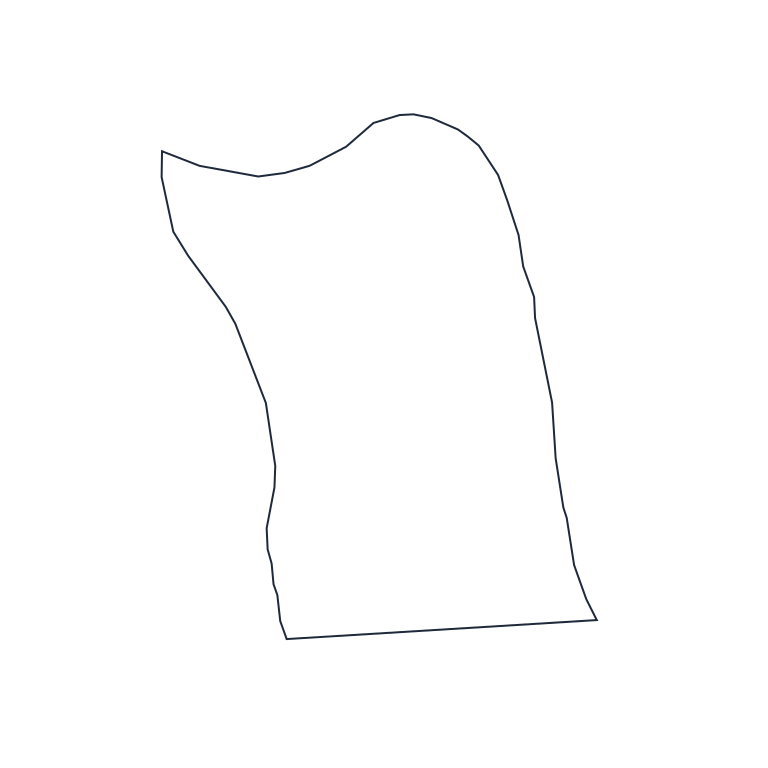 Santiago Chimaltenango, Huehuetenango, Guatemala, rotated 160°
{"feature_id": "79465075B81878845839698", "entity_name": "Santiago Chimaltenango", "entity_type": "district", "adm_level": 2, "iso_a3": "GTM", "parent_name": "Guatemala", "parent_adm1": "Huehuetenango", "projection": "equal_earth", "projection_center": [-91.685, 15.508], "detail": "fine", "context": "isolated", "style": "outline", "palette": "slate", "viewbox_px": 768, "rotation_deg": 160, "n_neighbors": 0, "source": "geoboundaries", "source_scale": "gbopen_adm2", "svg_char_len": 669}
<svg xmlns="http://www.w3.org/2000/svg" viewBox="0 0 768 768"><g transform="rotate(160 384 384)"><path d="M513.0,678.6L522.2,654.5L529.9,599.2L524.2,571.6L506.3,510.6L503.1,491.4L501.5,406.6L514.2,344.2L522.3,324.3L543.6,288.6L549.9,268.4L551.0,253.7L556.3,233.6L556.4,222.2L562.6,196.7L562.7,177.6L264.8,89.4L267.5,112.5L267.3,148.8L258.1,195.7L257.7,206.7L248.1,255.5L232.4,309.1L219.5,394.3L213.2,414.4L213.0,446.8L206.6,478.0L205.4,514.6L205.3,541.4L213.4,575.6L220.6,587.8L227.4,597.8L248.3,617.6L264.0,627.3L277.3,631.4L304.6,632.9L338.5,619.9L379.2,614.5L405.2,616.3L431.2,622.0L482.6,652.0L513.0,678.6Z" fill="none" stroke="#1e293b" stroke-width="2"/></g></svg>